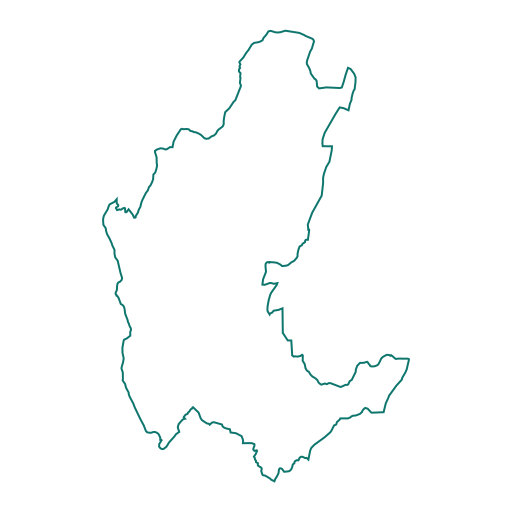 the district of Briceño, Boyacá, Colombia
{"feature_id": "7082276B11306112242915", "entity_name": "Briceño", "entity_type": "district", "adm_level": 2, "iso_a3": "COL", "parent_name": "Colombia", "parent_adm1": "Boyacá", "projection": "natural_earth1", "projection_center": [-73.909, 5.679], "detail": "fine", "context": "isolated", "style": "outline", "palette": "teal", "viewbox_px": 512, "rotation_deg": 0, "n_neighbors": 0, "source": "geoboundaries", "source_scale": "gbopen_adm2", "svg_char_len": 6063}
<svg xmlns="http://www.w3.org/2000/svg" viewBox="0 0 512 512"><path d="M274.4,481.3L275.2,479.1L277.0,476.3L278.5,473.2L278.9,470.1L279.4,468.7L279.9,468.3L280.8,468.3L282.1,469.0L284.2,471.8L288.7,471.3L290.2,470.5L291.4,469.0L292.3,466.8L292.7,464.7L293.4,463.9L294.3,463.4L294.5,462.0L295.2,461.0L296.9,460.2L298.2,460.4L298.6,459.7L298.9,459.6L299.3,458.2L300.8,456.8L302.7,456.8L305.1,458.1L306.6,457.9L308.4,459.6L310.1,450.9L311.0,448.5L311.7,447.5L314.4,444.7L324.2,437.6L330.3,432.3L331.4,430.7L334.1,425.4L336.2,424.5L337.0,422.0L339.7,419.6L340.3,418.4L348.0,418.4L350.5,417.3L351.4,416.4L353.1,415.7L355.7,415.5L359.8,414.0L362.0,412.0L362.5,410.6L363.5,409.3L365.2,407.9L367.7,408.7L371.2,412.5L371.9,412.7L383.6,412.2L385.8,403.3L388.5,397.4L389.0,395.8L396.4,385.6L401.6,379.9L402.4,377.5L405.3,372.6L406.7,369.4L408.9,359.9L408.8,359.0L407.8,358.7L398.9,358.6L395.6,358.9L391.4,355.3L391.1,355.2L390.4,355.8L389.3,355.0L386.7,354.8L382.7,357.0L381.1,358.7L379.8,361.7L378.2,364.5L377.3,365.2L375.0,366.2L372.4,366.5L370.5,366.2L370.1,365.8L369.6,364.7L368.6,363.8L368.0,362.6L367.0,361.8L363.9,362.8L360.0,362.9L357.2,365.8L355.8,369.7L355.7,371.9L351.8,379.8L349.7,381.2L348.2,384.4L347.2,384.9L345.4,384.9L341.3,386.8L340.3,386.9L330.3,383.1L328.8,383.1L326.8,384.2L324.9,383.5L321.5,384.6L320.6,384.3L318.6,382.6L317.3,380.0L315.1,378.1L312.5,376.6L310.6,374.7L308.8,371.8L306.8,370.5L305.5,368.1L304.7,364.1L302.7,360.8L302.8,355.6L302.4,354.9L302.0,354.8L300.5,356.0L297.4,356.6L295.2,356.3L293.8,356.6L292.2,355.4L291.3,340.5L287.7,340.4L282.8,332.9L282.5,308.3L278.5,309.9L273.7,310.7L272.0,312.7L270.1,313.5L269.6,314.5L267.6,311.2L267.4,309.4L267.7,305.6L268.8,299.7L270.3,294.6L271.3,292.6L276.7,285.0L277.4,283.1L273.9,283.8L271.4,283.1L269.8,283.0L264.8,284.8L262.4,284.6L263.1,279.2L266.0,271.8L265.5,266.4L265.6,264.1L266.2,263.0L267.2,262.2L269.4,262.0L269.6,262.0L269.6,262.4L269.9,262.2L273.3,262.3L277.0,262.8L280.4,264.6L282.2,266.1L286.6,265.6L288.3,264.9L291.1,262.5L294.2,260.8L296.9,257.6L297.5,256.3L297.6,253.6L298.3,250.1L299.6,246.5L301.8,245.3L302.7,243.6L305.0,242.2L305.2,240.6L305.8,239.9L306.5,239.7L307.9,239.8L309.2,230.3L309.1,229.7L308.3,229.8L307.8,224.5L312.2,212.7L321.7,195.6L323.1,183.2L323.1,177.8L324.0,173.6L326.3,166.9L329.4,161.8L331.7,150.5L332.0,146.3L322.7,146.2L322.4,143.4L322.6,139.3L324.7,132.8L335.5,114.0L339.7,107.4L343.7,108.2L348.5,110.3L349.9,103.8L351.6,99.6L351.5,98.3L352.6,93.6L353.7,90.5L354.6,89.4L355.5,81.9L355.6,77.4L354.2,73.8L350.6,69.0L348.0,67.8L345.5,75.2L343.8,81.5L341.8,87.5L339.7,88.0L326.4,87.4L319.1,88.4L317.2,86.6L316.6,80.9L315.5,79.2L314.4,78.7L310.8,73.5L310.3,70.9L309.2,68.1L306.9,64.1L306.8,62.4L307.1,60.5L310.1,51.7L311.8,48.7L314.0,41.3L313.3,39.6L312.2,38.7L305.7,36.0L304.3,35.1L299.3,32.9L285.3,30.7L280.4,32.2L277.8,32.5L275.3,32.3L271.2,31.0L270.0,30.9L268.3,31.5L266.5,34.5L263.4,38.1L262.5,40.3L259.9,41.7L258.3,42.2L254.1,42.9L251.7,44.7L248.5,50.0L246.2,52.9L243.4,57.4L239.5,61.7L239.4,62.5L240.4,64.3L239.5,66.4L240.1,68.0L239.1,69.1L238.9,71.1L239.1,71.7L240.5,73.1L240.1,76.9L240.5,77.9L239.9,82.8L241.0,85.8L235.4,100.1L233.5,102.0L229.3,108.3L225.2,112.2L224.1,117.6L223.7,120.7L223.7,124.1L223.0,125.9L222.5,126.6L218.4,129.7L217.0,131.5L216.1,133.5L214.1,135.4L211.3,136.5L208.9,138.4L206.5,138.8L204.5,138.3L201.0,134.9L198.8,133.6L195.8,132.3L193.9,132.1L192.2,131.2L190.5,131.0L188.7,129.3L186.8,129.0L183.0,129.2L182.1,128.8L180.8,129.3L176.7,135.5L173.6,141.6L172.5,147.2L170.1,147.1L166.8,149.2L165.7,149.5L163.1,148.6L160.5,148.3L157.0,149.5L155.0,150.9L155.0,152.2L156.6,157.3L156.7,163.0L157.1,165.4L156.5,168.5L155.3,172.4L153.4,174.5L153.1,179.2L152.1,182.1L150.4,185.6L149.0,187.0L147.9,190.3L145.8,193.1L142.6,199.5L141.4,202.5L140.3,207.0L138.8,209.7L137.8,212.8L135.7,216.0L135.7,217.2L135.1,217.7L134.1,217.7L132.7,214.6L128.6,209.3L126.7,211.9L126.0,212.3L125.3,212.0L125.0,208.3L124.4,207.9L122.8,208.4L121.1,209.6L120.3,209.7L119.3,209.4L117.1,210.1L115.9,208.0L116.2,207.4L118.0,206.3L118.3,205.6L118.1,204.8L117.0,203.7L116.7,203.0L116.7,199.2L114.4,201.9L109.9,204.2L109.0,205.4L107.6,209.5L104.0,215.5L103.2,218.3L103.1,221.1L103.4,224.8L105.8,228.4L106.0,230.6L107.1,234.2L109.5,238.5L111.5,242.8L112.5,245.9L114.5,249.8L114.5,253.7L115.2,257.3L117.7,260.8L120.4,272.5L122.0,277.7L122.1,278.3L121.6,280.0L120.0,281.7L118.2,282.6L117.5,283.8L117.1,285.6L116.9,289.9L115.7,292.6L115.6,293.9L116.0,294.7L116.4,294.8L116.6,295.8L117.5,296.2L118.7,298.2L120.8,304.0L122.7,305.1L123.7,306.3L124.5,308.5L125.2,313.8L127.5,319.8L128.0,322.0L128.9,323.8L129.6,326.1L130.7,328.0L131.0,329.2L130.9,330.2L130.2,332.1L130.3,335.7L126.7,338.5L124.1,339.7L123.7,340.6L122.4,347.8L122.5,352.9L123.7,358.4L123.1,362.1L121.6,367.4L121.5,368.6L122.8,372.5L122.9,378.5L122.7,380.5L125.1,384.0L126.0,387.7L128.4,392.1L128.7,392.9L128.8,394.5L129.9,397.2L133.2,403.3L134.8,407.5L140.5,419.4L143.8,425.5L145.9,431.0L147.2,432.3L148.4,432.6L151.0,432.8L153.7,431.9L154.8,432.0L156.5,432.5L158.2,433.7L159.0,434.9L160.3,437.8L160.2,439.8L161.4,439.9L161.6,440.2L159.2,444.1L159.1,446.6L159.9,447.7L161.1,448.7L162.3,449.1L163.8,448.8L166.6,446.5L169.0,442.5L174.3,436.6L176.0,434.2L179.2,431.9L177.8,427.5L178.1,425.8L178.7,424.1L182.2,420.0L183.9,418.9L185.0,418.7L183.7,417.2L184.3,416.3L185.6,414.7L187.5,413.9L187.9,412.8L189.5,411.3L190.8,409.2L192.0,408.6L192.4,407.6L193.0,407.2L198.6,412.6L200.7,418.3L202.0,420.2L206.9,423.4L208.9,423.8L209.7,424.7L212.0,422.6L213.8,422.2L222.0,424.5L222.4,425.9L223.4,427.2L225.7,428.3L229.9,429.3L230.6,432.5L235.9,433.2L241.5,436.1L242.8,439.2L243.1,441.2L242.9,443.2L251.5,443.1L254.3,444.1L254.5,444.7L254.4,445.9L253.4,448.4L253.3,449.5L253.8,450.3L254.5,450.9L256.3,450.4L256.8,450.4L257.1,450.8L255.7,454.1L253.9,456.7L254.7,457.7L255.0,459.5L255.9,460.6L256.0,462.1L257.9,463.2L257.8,464.9L258.1,465.7L261.3,467.7L261.6,468.3L261.7,469.3L261.2,471.0L262.4,474.6L262.9,475.2L264.8,475.5L266.4,476.3L269.9,478.4L271.2,479.7L274.4,481.3Z" fill="none" stroke="#0f766e" stroke-width="2"/></svg>